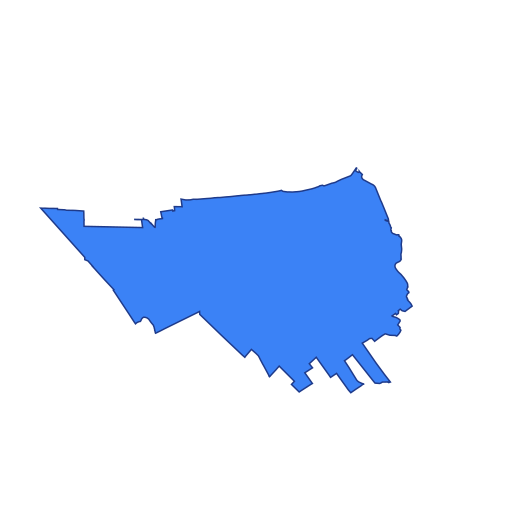 Corbu, Constanta, Romania (Robinson projection), rotated 226°
{"feature_id": "2599482B13126343375906", "entity_name": "Corbu", "entity_type": "district", "adm_level": 2, "iso_a3": "ROU", "parent_name": "Romania", "parent_adm1": "Constanta", "projection": "robinson", "projection_center": [28.674, 44.419], "detail": "fine", "context": "isolated", "style": "filled", "palette": "blue", "viewbox_px": 512, "rotation_deg": 226, "n_neighbors": 0, "source": "geoboundaries", "source_scale": "gbopen_adm2", "svg_char_len": 5983}
<svg xmlns="http://www.w3.org/2000/svg" viewBox="0 0 512 512"><g transform="rotate(226 256 256)"><path d="M95.6,229.4L91.8,229.2L90.7,235.9L89.7,241.1L89.5,243.5L89.0,244.6L88.9,245.0L89.2,244.6L89.9,244.1L92.2,243.1L94.1,242.4L95.5,242.2L96.0,242.2L96.6,242.2L110.8,245.3L110.7,245.3L119.2,246.9L118.9,248.6L118.4,252.9L118.0,256.7L118.0,256.8L117.8,256.8L90.5,254.1L82.0,253.3L81.8,253.4L78.4,256.4L77.8,257.9L77.6,259.2L76.6,260.3L76.4,260.5L75.0,262.0L74.6,262.5L73.9,263.0L73.8,263.6L72.8,263.5L72.5,264.0L72.0,265.1L82.1,266.2L95.6,268.0L119.5,271.9L118.2,277.1L118.0,278.3L117.7,280.4L116.2,282.2L112.2,282.1L112.2,282.5L111.3,289.7L110.9,292.2L110.3,294.7L110.1,295.0L106.1,297.2L104.8,298.4L102.2,300.9L102.0,301.1L101.1,301.3L100.9,301.5L100.7,301.6L100.6,301.9L100.7,304.1L101.2,306.8L102.0,308.7L103.0,308.7L103.7,309.0L104.2,309.5L104.5,310.0L108.0,310.1L109.1,314.5L109.6,314.9L110.3,315.2L113.0,314.6L114.7,314.0L117.8,312.2L118.4,312.2L117.8,316.4L116.1,316.2L115.8,318.5L117.2,320.2L117.8,320.3L117.6,322.8L115.1,323.1L112.6,324.7L111.5,333.5L113.9,334.2L114.7,334.3L116.2,334.4L118.5,334.4L119.3,334.5L119.3,335.0L119.6,335.1L120.0,335.2L120.4,335.3L120.8,335.4L120.9,335.6L121.4,335.6L122.0,335.8L122.4,336.2L122.6,336.3L122.8,336.7L123.5,338.6L123.6,339.6L123.4,340.1L123.4,340.4L123.6,340.7L124.1,341.0L124.7,341.1L125.0,341.1L125.5,341.0L127.0,341.0L127.4,341.7L127.9,342.7L128.2,343.8L128.7,343.8L129.3,344.6L129.9,345.1L130.8,345.7L131.5,346.0L133.9,346.6L137.6,347.2L140.7,347.4L141.9,347.5L144.8,347.3L145.3,347.3L145.7,347.3L147.3,347.4L149.8,347.8L150.6,348.0L151.1,348.2L151.6,348.5L152.1,348.8L152.5,349.2L152.8,349.6L153.1,350.1L153.3,350.6L153.4,351.2L153.5,351.6L153.4,352.1L153.3,352.7L152.9,353.9L152.4,355.4L152.3,356.2L152.4,357.0L152.9,358.4L153.5,358.5L153.8,358.9L154.2,359.4L156.3,361.2L156.8,361.7L157.7,363.2L158.8,364.5L159.4,365.2L160.0,365.8L163.2,368.3L163.7,368.8L165.5,371.1L166.1,371.7L166.6,372.1L167.4,372.5L168.1,372.7L169.5,372.9L170.4,372.8L170.8,372.6L171.8,373.4L172.4,373.0L172.5,373.1L172.7,372.9L173.4,371.9L173.8,371.7L174.1,371.5L174.8,371.2L175.4,370.9L175.8,370.8L176.5,370.4L177.1,370.1L177.8,370.0L178.8,370.0L179.2,370.1L179.4,370.2L179.8,370.8L179.5,371.1L180.0,370.7L180.3,371.0L180.9,371.0L181.3,371.3L182.0,372.4L182.3,372.9L183.4,373.0L184.0,373.4L185.0,373.9L186.3,374.3L187.1,374.4L188.6,375.5L190.6,374.3L191.3,374.0L192.0,373.8L192.2,374.1L191.5,374.4L189.3,375.9L190.8,377.0L193.8,378.2L200.7,381.0L207.8,383.8L208.9,384.1L222.0,389.4L222.3,389.5L222.7,389.6L223.7,389.8L224.2,389.8L224.6,389.8L225.6,389.7L226.4,389.5L227.6,389.0L234.9,386.7L236.3,386.2L237.0,386.2L237.8,386.2L238.5,386.4L239.2,386.7L239.7,387.1L240.1,387.6L240.5,388.3L240.6,388.9L240.7,389.1L241.7,389.1L242.8,389.0L243.3,389.1L244.1,389.0L244.2,388.9L245.3,389.1L245.1,388.9L244.6,388.7L244.6,388.4L244.6,388.2L244.9,387.9L245.2,387.6L246.1,387.3L246.8,387.1L247.2,387.0L247.5,387.0L247.9,386.9L248.2,386.9L248.5,387.4L248.6,387.7L248.8,388.0L248.8,388.4L248.9,388.6L248.8,389.0L249.1,389.3L249.3,389.5L249.5,389.5L249.7,389.2L249.3,387.5L248.8,385.0L248.7,384.4L248.6,384.2L248.0,380.8L248.0,379.8L251.8,370.7L253.1,366.9L253.8,364.4L254.8,362.5L255.7,361.1L258.6,354.7L258.9,354.1L259.3,353.6L259.8,353.3L260.7,353.0L261.6,351.6L262.2,350.6L262.3,349.9L262.6,348.9L263.4,347.3L264.0,345.8L265.6,342.7L268.9,337.3L270.7,334.3L272.0,332.4L273.8,330.1L274.5,329.3L276.8,326.5L278.5,324.9L279.7,323.7L280.4,322.9L281.0,322.5L283.5,320.5L284.0,320.2L285.0,320.0L285.4,319.9L285.7,319.8L286.0,319.0L286.8,317.7L287.7,316.3L290.2,312.7L291.5,310.8L293.1,308.6L294.3,306.9L296.0,304.8L296.7,303.8L297.8,302.5L299.2,300.6L300.3,299.1L301.3,298.0L302.5,296.4L304.4,293.9L304.7,293.7L306.2,291.7L307.9,289.8L309.7,287.6L311.0,285.9L312.3,284.3L316.6,278.7L319.3,275.5L323.0,270.8L324.7,269.0L326.0,267.4L326.5,266.9L329.0,263.5L331.8,260.2L337.7,253.0L340.4,250.3L341.9,247.9L343.6,246.0L345.1,244.4L349.0,241.6L346.9,240.1L342.8,237.1L348.3,231.5L346.4,230.1L346.1,229.6L345.5,229.4L345.1,228.9L345.3,228.7L345.7,228.2L346.0,227.4L347.2,227.8L354.0,218.2L348.3,214.6L348.1,214.9L347.9,214.7L349.0,213.2L349.7,212.4L350.8,210.7L350.9,210.4L350.9,210.1L351.8,209.1L350.8,208.0L350.5,207.5L350.1,207.0L349.9,206.8L349.4,206.2L346.9,203.6L346.7,203.5L346.2,203.5L347.1,203.1L348.3,203.0L349.9,203.1L351.8,203.2L351.6,203.0L352.9,202.9L354.4,203.0L355.8,203.0L356.0,203.1L356.3,203.0L356.6,203.0L357.2,202.8L358.3,202.3L359.2,201.6L360.2,200.7L361.3,201.3L361.4,201.2L360.4,200.5L361.5,199.3L365.3,195.5L366.3,194.5L366.5,194.3L366.4,194.2L365.1,195.4L361.7,198.9L355.2,194.2L396.8,152.9L400.3,156.2L400.6,156.5L400.9,156.9L401.3,157.4L401.7,157.7L402.3,158.1L403.1,158.8L404.6,160.2L406.3,161.8L408.0,163.3L414.7,157.3L420.5,151.5L422.1,150.5L427.3,145.6L428.1,146.2L434.1,140.1L437.2,137.2L438.8,135.5L440.0,134.4L374.0,131.9L372.3,130.3L369.2,131.7L362.2,131.4L362.3,131.2L344.0,130.6L330.6,130.4L330.7,129.9L330.6,129.6L302.2,124.3L292.9,122.5L290.9,122.2L290.9,123.1L290.8,124.1L290.5,125.0L290.0,126.3L289.3,127.3L289.4,128.1L290.2,130.1L290.3,131.5L290.0,132.7L289.2,133.4L288.4,134.0L287.2,134.6L286.6,134.7L285.2,135.0L282.3,134.5L280.5,134.3L279.3,134.2L278.8,134.2L277.6,134.1L275.5,133.2L274.4,132.5L273.7,132.2L273.1,131.6L271.8,131.0L271.3,130.6L270.3,130.1L270.2,130.1L269.9,131.0L268.6,135.0L267.2,139.7L265.7,144.4L256.4,173.4L255.9,175.0L255.3,176.9L253.1,175.0L223.8,176.0L203.3,176.9L201.1,177.0L194.4,177.3L190.9,177.6L191.0,178.0L191.2,179.2L192.0,187.8L186.2,188.3L182.7,188.4L181.1,188.0L178.0,187.0L176.2,186.5L173.5,185.7L172.2,185.4L161.5,182.4L160.5,181.9L159.8,181.8L159.7,182.5L159.8,182.8L160.3,191.6L160.4,192.3L160.7,196.2L139.2,196.6L139.0,192.3L128.2,192.6L127.9,194.3L125.8,205.0L125.4,207.0L125.1,208.0L138.1,210.0L136.3,219.0L141.5,219.5L141.4,224.6L141.3,229.0L129.2,227.2L119.7,225.8L116.9,225.3L115.6,232.4L107.1,231.1L101.5,230.3L95.6,229.4Z" fill="#3b82f6" stroke="#1e3a8a" stroke-width="1.5"/></g></svg>